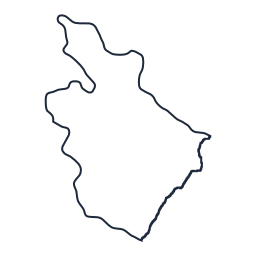 the district of Paraiso, Barahona, Dominican Republic
{"feature_id": "3306468B48518984773258", "entity_name": "Paraiso", "entity_type": "district", "adm_level": 2, "iso_a3": "DOM", "parent_name": "Dominican Republic", "parent_adm1": "Barahona", "projection": "mercator", "projection_center": [-71.185, 18.039], "detail": "fine", "context": "isolated", "style": "outline", "palette": "slate", "viewbox_px": 256, "rotation_deg": 0, "n_neighbors": 0, "source": "geoboundaries", "source_scale": "gbopen_adm2", "svg_char_len": 5902}
<svg xmlns="http://www.w3.org/2000/svg" viewBox="0 0 256 256"><path d="M141.7,240.6L141.7,239.0L142.1,239.0L142.1,238.2L142.5,238.2L142.5,237.8L142.8,237.8L142.8,237.5L143.5,237.5L143.5,237.1L144.3,237.1L144.3,236.7L144.6,236.7L144.6,236.3L145.0,236.3L145.0,235.9L145.4,235.9L145.4,235.5L145.7,235.5L145.7,234.8L146.1,234.8L146.1,234.4L146.4,234.4L146.4,234.0L146.8,234.0L146.8,233.6L147.5,233.6L147.5,233.3L147.9,233.3L147.9,232.9L148.3,232.9L148.3,232.5L148.6,232.5L148.6,231.4L149.0,231.4L149.0,230.2L149.3,230.2L149.3,229.4L149.7,229.4L149.7,227.2L150.1,227.2L150.1,226.0L150.4,226.0L150.4,225.3L150.8,225.3L150.8,224.5L151.2,224.5L151.2,223.7L151.5,223.7L151.5,223.4L151.9,223.4L151.9,223.0L152.2,223.0L152.2,222.2L152.6,222.2L152.6,221.8L153.0,221.8L153.0,221.4L153.3,221.4L153.3,221.1L153.7,221.1L153.7,220.7L154.1,220.7L154.1,220.3L154.4,220.3L154.4,219.9L154.8,219.9L154.8,219.5L155.1,219.5L155.1,219.2L155.5,219.2L155.5,218.8L155.9,218.8L155.9,217.6L156.2,217.6L156.2,216.5L156.6,216.5L156.6,215.4L157.0,215.4L157.0,215.0L157.3,215.0L157.3,214.6L157.7,214.6L157.7,213.8L158.0,213.8L158.0,213.4L158.4,213.4L158.4,212.7L158.8,212.7L158.8,211.2L159.1,211.2L159.1,210.0L159.5,210.0L159.5,209.3L159.9,209.3L159.9,208.9L160.2,208.9L160.2,208.1L160.6,208.1L160.6,207.7L160.9,207.7L160.9,207.0L161.3,207.0L161.3,206.2L161.7,206.2L161.7,205.8L162.4,205.8L162.4,205.1L162.7,205.1L162.7,204.3L163.1,204.3L163.1,203.9L163.5,203.9L163.5,203.2L163.8,203.2L163.8,202.8L164.6,202.8L164.6,202.4L164.9,202.4L164.9,201.6L165.3,201.6L165.3,200.5L165.7,200.5L165.7,199.3L166.0,199.3L166.0,198.2L166.4,198.2L166.4,197.8L167.1,197.8L167.1,197.4L167.8,197.4L167.8,197.1L168.6,197.1L168.6,196.7L168.9,196.7L168.9,196.3L169.3,196.3L169.3,195.9L170.0,195.9L170.0,195.5L170.4,195.5L170.4,195.2L170.7,195.2L170.7,194.4L171.1,194.4L171.1,194.0L171.4,194.0L171.4,193.6L171.8,193.6L171.8,193.3L172.5,193.3L172.5,192.5L172.9,192.5L172.9,191.7L173.3,191.7L173.3,191.3L174.0,191.3L174.0,190.2L174.4,190.2L174.4,189.4L174.7,189.4L174.7,189.1L175.1,189.1L175.1,188.7L175.8,188.7L175.8,188.3L176.9,188.3L176.9,187.9L177.6,187.9L177.6,187.5L179.4,187.5L179.4,187.9L180.5,187.9L180.5,188.3L180.9,188.3L180.9,187.9L181.2,187.9L181.2,187.5L181.6,187.5L181.6,187.2L182.0,187.2L182.0,186.8L182.3,186.8L182.3,186.4L182.7,186.4L182.7,185.6L183.0,185.6L183.0,184.5L183.4,184.5L183.4,184.1L183.8,184.1L183.8,183.3L184.1,183.3L184.1,183.0L184.5,183.0L184.5,182.2L184.9,182.2L184.9,181.8L185.2,181.8L185.2,181.1L185.6,181.1L185.6,180.7L186.0,180.7L186.0,179.9L186.3,179.9L186.3,179.5L186.7,179.5L186.7,178.8L187.0,178.8L187.0,178.4L187.4,178.4L187.4,177.6L188.1,177.6L188.1,177.2L188.5,177.2L188.5,176.5L188.8,176.5L188.8,175.7L189.2,175.7L189.2,175.3L189.6,175.3L189.6,174.6L189.9,174.6L189.9,173.8L190.3,173.8L190.3,173.4L190.7,173.4L190.7,172.7L191.0,172.7L191.0,171.9L191.4,171.9L191.4,171.5L191.7,171.5L191.7,171.2L192.5,171.2L192.5,170.8L193.9,170.8L193.9,171.2L196.8,171.2L196.8,170.8L197.5,170.8L197.5,170.4L197.9,170.4L197.9,170.8L200.1,170.8L200.1,170.4L200.4,170.4L200.4,170.0L200.8,170.0L200.8,168.9L201.2,168.9L201.2,167.7L201.5,167.7L201.5,166.6L201.9,166.6L201.9,163.1L201.5,163.1L201.5,162.4L201.2,162.4L201.2,157.4L200.4,157.4L200.4,156.7L199.7,156.7L199.7,155.5L199.4,155.5L199.4,155.1L199.0,155.1L199.0,154.8L199.4,154.8L199.4,153.6L199.0,153.6L199.0,151.7L198.6,151.7L198.6,151.3L198.3,151.3L198.3,149.8L198.6,149.8L198.6,149.4L199.0,149.4L199.0,148.7L199.4,148.7L199.4,147.5L199.7,147.5L199.7,146.8L200.1,146.8L200.1,146.4L199.7,146.4L199.7,146.0L200.1,146.0L200.1,144.9L200.4,144.9L200.4,143.3L200.8,143.3L200.8,142.9L201.9,142.9L201.9,141.8L202.6,141.8L202.6,141.0L203.0,141.0L203.0,140.7L203.3,140.7L203.3,139.9L203.7,139.9L203.7,139.5L204.4,139.5L204.4,139.1L204.8,139.1L204.8,138.8L208.8,138.8L208.8,138.4L209.1,138.4L209.1,137.2L209.9,137.2L209.9,136.9L210.2,136.9L210.3,136.0L204.7,133.3L202.0,132.8L195.6,132.1L193.1,131.1L191.2,129.5L188.9,126.4L187.8,125.3L182.3,121.8L177.5,119.5L175.3,117.8L167.5,110.8L165.9,109.8L162.7,108.3L160.4,106.6L158.3,104.7L156.4,102.5L155.4,100.9L153.9,97.7L152.9,96.4L151.7,95.2L150.3,94.2L145.7,92.0L141.5,89.5L140.3,88.5L139.5,87.0L139.1,85.4L138.9,82.7L139.0,78.9L139.7,75.2L140.3,73.6L142.2,69.8L142.9,67.1L143.3,62.4L143.0,58.0L141.9,55.6L140.7,54.6L135.7,51.8L134.1,51.2L131.4,50.7L127.9,53.3L126.2,54.0L124.3,54.5L120.2,54.8L116.2,54.6L113.2,54.2L111.4,53.5L106.6,50.6L105.4,49.5L104.9,48.8L104.3,47.3L103.3,43.2L101.1,38.7L99.8,35.3L95.9,27.6L94.9,26.2L93.7,25.1L92.2,24.2L89.4,23.4L79.4,23.3L75.4,22.9L73.6,22.3L71.9,21.3L66.8,17.1L65.2,16.1L62.7,15.4L61.0,15.4L59.4,15.8L58.7,16.4L57.8,17.9L57.7,19.4L58.0,21.0L58.8,22.3L62.4,24.9L63.5,26.1L64.5,27.5L65.3,30.1L66.2,37.4L67.4,41.9L67.4,42.6L67.0,44.1L63.8,48.6L63.4,50.1L63.8,51.5L64.7,52.7L65.9,53.7L69.7,55.6L72.7,57.9L76.4,61.2L80.6,65.5L83.6,69.3L85.7,73.3L86.8,75.0L94.0,82.9L94.8,84.5L95.0,85.4L94.8,87.0L94.3,88.3L92.5,91.5L91.1,92.4L90.2,92.5L88.6,92.4L86.5,91.3L82.7,88.6L81.8,87.4L80.3,83.2L79.2,82.1L76.8,81.3L73.5,81.3L71.9,81.7L70.5,82.5L69.7,83.8L68.5,87.0L68.0,87.6L66.7,88.4L65.2,88.8L59.8,89.5L58.1,89.8L53.4,91.8L48.6,93.0L47.3,93.9L46.7,94.6L46.1,96.3L45.7,99.0L45.8,104.9L46.3,108.7L47.4,111.0L50.9,113.9L52.4,115.8L53.2,118.2L53.2,121.7L61.3,126.4L62.8,127.0L66.0,127.7L67.5,128.3L68.1,128.8L69.0,130.3L69.3,132.7L68.7,135.3L62.6,146.4L62.2,148.0L62.2,149.8L62.8,151.4L64.4,153.3L65.8,154.3L70.5,156.6L74.9,160.2L78.3,163.6L79.4,165.1L80.6,167.7L80.9,169.5L80.8,171.3L80.2,174.0L79.3,175.5L76.0,179.4L74.6,181.4L74.0,183.1L74.0,184.8L74.4,186.4L76.3,191.0L77.3,198.3L78.0,201.0L79.4,203.4L83.3,208.8L84.0,210.4L84.9,213.5L85.6,215.0L86.7,216.1L88.3,216.6L90.8,216.9L97.2,217.2L99.9,217.8L101.6,218.7L103.1,219.9L108.6,225.1L111.6,227.3L114.2,228.2L120.6,229.0L123.2,229.6L125.7,231.1L130.2,234.7L131.7,235.7L135.0,237.2L139.4,239.7L141.7,240.6Z" fill="none" stroke="#1e293b" stroke-width="2"/></svg>